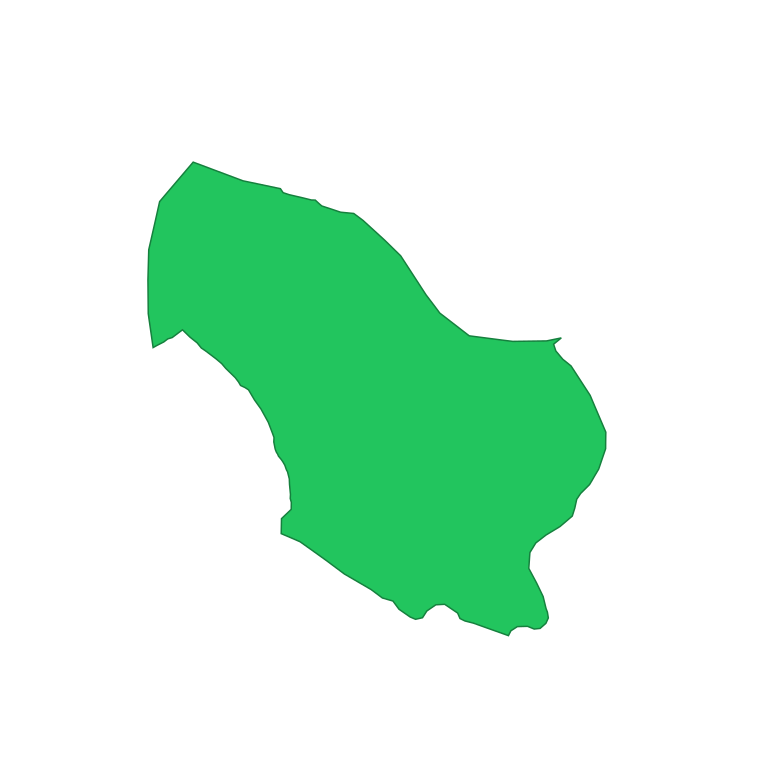 Surulere, Oyo, Nigeria, rotated 327°
{"feature_id": "59680162B17719625697929", "entity_name": "Surulere", "entity_type": "district", "adm_level": 2, "iso_a3": "NGA", "parent_name": "Nigeria", "parent_adm1": "Oyo", "projection": "natural_earth1", "projection_center": [4.404, 8.096], "detail": "fine", "context": "isolated", "style": "filled", "palette": "green", "viewbox_px": 768, "rotation_deg": 327, "n_neighbors": 0, "source": "geoboundaries", "source_scale": "gbopen_adm2", "svg_char_len": 1838}
<svg xmlns="http://www.w3.org/2000/svg" viewBox="0 0 768 768"><g transform="rotate(327 384 384)"><path d="M507.8,412.2L481.7,390.0L480.1,385.4L469.4,354.9L468.9,346.9L467.8,332.1L467.8,312.9L467.8,309.3L467.8,285.6L462.9,263.8L455.5,235.4L451.5,224.5L441.2,216.3L428.8,200.8L427.9,197.8L426.5,192.3L423.4,190.2L417.7,184.1L407.6,173.6L403.6,168.6L403.5,163.8L376.3,136.7L357.5,111.2L344.8,94.0L305.5,105.7L295.2,108.8L280.3,123.4L259.8,143.3L242.8,168.0L224.6,196.6L210.2,227.7L214.7,228.0L222.3,228.8L227.2,228.4L231.7,229.7L244.5,228.8L246.8,239.0L249.1,245.9L249.7,247.7L250.4,254.4L252.2,258.6L254.5,264.9L256.9,271.6L259.0,278.6L259.8,284.8L262.7,297.6L263.1,303.1L262.9,307.1L265.5,311.3L267.2,315.1L266.7,326.9L267.2,337.9L266.1,353.1L263.7,364.3L262.6,369.0L260.0,372.6L257.5,378.8L257.1,380.1L256.6,382.7L256.6,384.9L256.2,387.0L256.7,391.3L256.8,393.9L256.6,398.1L255.9,400.9L255.4,403.1L255.3,405.0L252.9,412.0L250.0,416.9L245.4,425.7L243.0,429.0L241.8,432.8L237.9,438.6L224.7,441.1L216.3,453.5L227.7,470.6L236.6,493.2L239.4,500.4L247.3,521.8L261.2,549.3L266.1,562.6L273.3,570.9L273.9,581.1L279.0,593.6L282.3,598.5L289.0,601.0L296.3,597.7L307.2,597.4L314.9,601.8L321.0,616.2L320.0,622.1L322.8,626.8L328.7,633.2L351.3,662.8L356.0,660.1L363.7,660.1L372.4,665.4L376.5,671.3L381.8,674.0L389.4,672.9L389.6,672.8L394.4,669.7L396.8,664.3L397.6,660.6L401.7,648.9L403.6,634.0L405.0,617.5L407.2,614.6L412.0,608.2L414.6,604.8L424.7,600.0L437.5,598.9L454.0,599.4L464.0,598.1L470.0,597.3L476.4,592.0L482.9,585.6L489.3,582.9L501.6,580.3L506.1,578.1L510.8,575.7L517.7,572.3L526.2,565.6L534.6,559.0L538.7,552.8L543.8,545.2L548.7,517.0L550.7,505.8L550.7,491.4L550.7,484.0L550.7,483.2L550.7,470.7L547.4,460.6L546.1,449.9L547.9,443.0L557.8,441.9L543.8,436.4L515.2,418.4L507.8,412.2Z" fill="#22c55e" stroke="#15803d" stroke-width="1.5"/></g></svg>